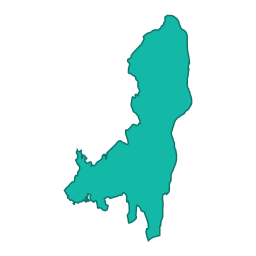 Regidor, Bolívar, Colombia
{"feature_id": "7082276B31703360799100", "entity_name": "Regidor", "entity_type": "district", "adm_level": 2, "iso_a3": "COL", "parent_name": "Colombia", "parent_adm1": "Bolívar", "projection": "equal_earth", "projection_center": [-73.886, 8.725], "detail": "fine", "context": "isolated", "style": "filled", "palette": "teal", "viewbox_px": 256, "rotation_deg": 0, "n_neighbors": 0, "source": "geoboundaries", "source_scale": "gbopen_adm2", "svg_char_len": 5767}
<svg xmlns="http://www.w3.org/2000/svg" viewBox="0 0 256 256"><path d="M125.7,130.1L125.9,134.3L127.5,139.2L128.1,141.7L128.3,142.9L128.2,143.7L127.9,144.2L127.6,144.4L126.4,144.3L124.5,143.0L122.5,142.3L120.5,140.8L118.8,141.0L117.8,141.8L115.9,144.2L108.3,151.6L107.3,152.4L107.0,153.1L107.3,153.1L107.1,154.0L106.9,154.9L106.4,155.5L106.4,155.8L106.2,156.0L106.3,156.3L106.8,156.6L106.2,159.0L105.9,158.7L106.0,158.4L105.8,158.5L105.6,157.3L105.8,156.3L105.7,155.3L105.4,154.8L104.8,155.2L104.6,154.8L104.8,154.5L104.2,154.5L104.1,154.9L103.8,155.1L103.4,154.7L102.5,155.9L102.5,156.2L102.2,156.3L102.5,157.0L102.3,157.9L101.7,158.4L101.7,159.2L96.7,162.6L96.1,163.3L95.7,164.8L94.5,165.6L93.8,165.6L92.6,165.1L92.1,165.3L91.4,165.9L91.1,165.9L91.5,164.8L91.6,163.7L91.3,162.7L90.7,161.9L90.3,161.9L88.9,162.4L87.8,163.2L87.0,163.1L86.3,162.7L85.1,161.2L84.9,159.7L85.2,159.0L86.6,158.9L86.7,158.2L85.1,156.7L84.6,155.6L84.0,155.3L83.1,155.3L82.6,156.3L82.2,158.4L81.9,158.5L81.6,158.1L81.6,156.5L82.1,154.8L81.7,153.8L81.0,152.7L81.3,150.4L81.0,150.4L80.0,151.4L78.8,151.7L78.1,151.3L77.3,150.0L77.2,150.9L76.6,151.8L76.5,152.9L76.6,153.3L77.2,153.8L77.5,154.2L77.6,155.4L77.8,156.2L77.8,156.8L77.6,157.6L76.6,159.7L75.7,160.0L76.4,161.5L76.6,162.3L77.3,163.8L77.7,164.2L78.1,164.2L78.4,165.3L79.0,165.4L79.6,166.4L79.6,167.3L79.7,168.5L79.6,169.1L79.1,169.9L79.0,170.8L78.2,171.3L78.0,171.8L77.7,173.5L77.6,175.7L75.8,175.5L75.4,175.9L74.9,177.3L74.6,179.7L74.7,180.5L74.5,181.0L73.9,181.5L71.6,182.4L68.8,185.7L65.8,188.6L64.4,190.5L65.5,192.1L66.0,193.2L66.4,193.7L67.1,195.0L68.2,195.5L68.2,195.9L67.5,196.8L67.5,197.1L67.9,198.1L68.0,198.3L68.6,198.4L70.5,200.4L71.5,199.9L71.9,200.0L73.7,201.6L73.7,202.5L73.2,203.4L74.0,204.3L74.3,204.3L74.5,202.7L74.7,202.3L75.3,202.3L75.9,202.5L76.9,202.4L77.5,202.8L78.4,203.0L79.6,201.8L80.8,201.8L81.2,201.9L84.1,199.8L84.4,201.0L84.7,201.1L85.1,200.7L85.7,201.7L86.0,201.9L86.0,201.4L85.6,200.5L86.9,199.3L86.5,198.7L87.4,199.1L87.5,199.4L87.2,200.7L87.4,201.1L89.0,201.0L89.3,200.8L89.2,200.5L87.0,197.9L86.1,198.1L85.4,197.9L85.8,197.2L86.2,196.8L86.7,196.6L87.5,196.7L87.9,196.0L88.0,195.3L87.7,194.0L89.1,194.1L90.6,194.6L90.5,195.8L90.1,196.5L90.0,197.6L90.5,198.6L90.5,199.7L91.1,200.6L92.1,200.7L93.1,201.9L93.8,202.1L94.2,202.0L95.1,200.7L96.0,200.8L96.4,201.2L97.4,205.2L97.6,207.7L98.3,208.2L99.0,207.5L99.4,207.6L101.3,208.4L102.3,209.4L103.2,210.0L104.2,210.5L105.4,210.6L107.1,209.7L108.1,205.7L105.4,204.0L105.4,201.5L104.9,200.8L104.2,199.3L104.7,198.6L106.8,197.2L107.9,196.9L108.9,196.7L109.2,196.9L109.8,198.3L110.0,198.4L111.8,197.9L113.8,197.2L116.9,196.4L119.4,195.3L121.8,195.1L123.1,192.8L123.3,192.6L124.0,192.8L125.5,194.1L126.5,195.3L126.7,196.3L126.6,200.3L126.9,201.8L127.1,201.9L127.9,201.2L128.2,201.1L128.4,201.4L128.3,202.3L128.6,203.2L129.2,205.5L129.3,212.0L129.0,212.6L127.8,214.4L127.5,215.1L127.4,216.2L128.1,218.8L128.5,222.1L128.8,223.0L131.3,222.3L132.7,221.5L135.4,219.2L136.1,218.4L136.3,217.9L136.3,216.5L135.9,215.8L135.9,215.1L136.6,205.8L136.8,205.3L137.1,205.2L139.6,207.0L140.2,207.8L141.2,210.5L141.6,210.9L143.4,211.7L144.5,212.0L145.0,214.3L146.5,218.0L147.4,221.0L148.0,222.9L148.3,224.8L148.4,226.9L148.3,228.6L148.1,228.9L146.7,228.8L146.0,232.0L146.8,235.7L148.3,240.6L150.9,238.5L153.4,237.1L159.7,235.5L159.8,233.0L159.8,225.9L160.6,225.8L160.8,222.7L161.3,220.6L162.7,216.8L162.7,209.5L163.0,206.0L163.0,202.5L162.5,199.6L162.6,195.5L163.0,194.7L164.2,194.2L165.9,193.2L166.6,194.4L168.7,192.2L169.3,189.9L169.4,183.5L170.8,181.0L171.0,179.2L171.0,174.9L172.1,171.7L172.6,171.0L174.0,167.4L174.4,166.6L175.7,163.2L176.3,160.5L176.5,159.0L176.5,155.0L176.2,153.1L175.8,151.2L175.8,150.2L174.8,148.5L174.6,147.5L174.4,145.7L174.4,142.8L173.5,141.4L172.9,138.7L171.6,135.2L171.2,133.4L171.4,132.0L172.3,129.6L172.5,128.3L173.4,126.2L173.8,124.2L174.2,123.3L174.6,121.8L175.2,121.0L175.5,120.1L178.1,117.3L178.8,117.2L181.2,115.2L183.2,114.3L184.5,113.2L185.2,111.7L187.0,110.2L187.7,110.0L188.8,108.6L190.3,106.2L191.5,103.7L191.6,102.6L191.6,99.5L191.0,96.7L189.8,93.2L189.8,92.2L189.4,91.4L188.9,90.7L188.8,89.8L188.5,89.0L187.9,88.3L187.3,85.6L187.3,78.3L187.5,77.4L187.9,76.6L188.4,71.8L188.9,69.6L188.9,69.1L188.1,68.9L188.8,63.3L189.4,63.4L189.4,61.6L188.8,57.0L187.5,50.4L187.2,44.2L187.2,36.2L186.9,34.5L186.1,32.6L185.2,31.3L183.6,30.0L181.6,29.3L180.8,27.6L180.3,26.9L180.1,26.0L179.3,24.4L178.7,21.6L178.2,20.9L177.3,19.2L173.6,16.3L171.6,15.6L169.3,15.6L168.0,15.4L167.4,15.5L166.3,16.4L165.6,16.4L165.1,17.3L164.9,18.2L165.1,19.3L165.0,20.9L164.1,22.4L163.7,23.6L163.6,24.7L163.3,25.2L162.4,25.4L161.9,25.7L161.1,27.1L160.7,28.1L159.2,29.2L158.8,30.1L155.1,29.9L154.0,30.1L153.2,30.4L151.2,32.0L148.9,33.0L148.1,33.0L147.0,33.5L145.4,34.9L144.3,35.5L143.3,37.1L143.7,37.5L144.0,38.1L143.9,39.4L143.8,39.9L140.7,45.4L140.3,45.4L133.2,52.8L131.3,55.4L131.3,56.6L130.7,57.9L129.4,58.8L128.5,58.9L127.8,59.7L127.6,60.6L127.8,61.3L128.0,61.8L129.3,63.2L129.5,63.6L129.6,64.9L128.5,68.9L128.5,70.5L128.6,71.2L128.4,71.7L128.4,72.5L128.8,73.2L129.1,73.3L131.0,73.7L132.9,75.4L134.1,75.7L134.8,76.2L135.6,77.4L135.8,78.9L136.2,79.8L137.4,80.6L138.1,82.4L137.9,86.0L138.2,86.6L138.3,87.9L139.3,89.3L139.5,90.6L139.5,91.7L138.3,93.4L138.1,94.2L138.1,95.8L137.6,95.8L137.4,95.2L137.0,94.8L135.6,94.4L135.3,94.7L135.2,95.2L135.2,95.7L135.5,97.1L135.4,97.5L134.2,97.9L132.8,96.8L132.3,97.5L131.9,99.2L131.7,101.3L131.2,103.5L131.2,104.8L131.4,106.4L132.4,108.5L133.2,111.1L133.9,112.0L135.7,113.0L136.7,114.6L137.7,115.3L138.1,115.8L138.4,117.2L139.8,120.4L140.2,123.3L139.1,123.3L138.3,124.6L137.4,125.4L136.4,125.4L133.7,124.4L132.9,124.5L132.3,125.0L131.0,126.9L128.4,129.5L126.9,130.2L125.7,130.1Z" fill="#14b8a6" stroke="#0f766e" stroke-width="1.5"/></svg>